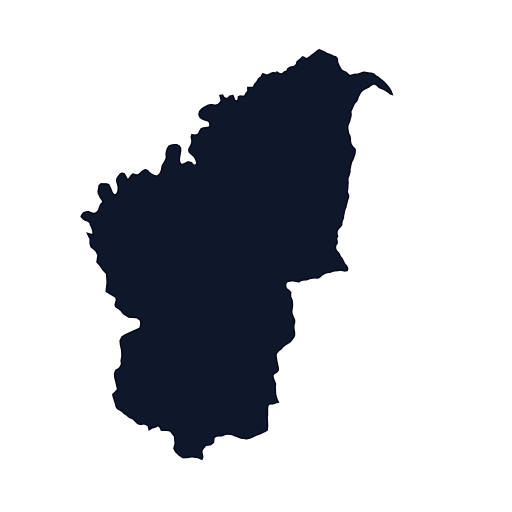 outline of Tupaciguara, Minas Gerais, Brazil, rotated 252°
{"feature_id": "56859067B46869230194574", "entity_name": "Tupaciguara", "entity_type": "district", "adm_level": 2, "iso_a3": "BRA", "parent_name": "Brazil", "parent_adm1": "Minas Gerais", "projection": "albers", "projection_center": [-48.725, -18.573], "detail": "fine", "context": "isolated", "style": "filled", "palette": "ink", "viewbox_px": 512, "rotation_deg": 252, "n_neighbors": 0, "source": "geoboundaries", "source_scale": "gbopen_adm2", "svg_char_len": 6103}
<svg xmlns="http://www.w3.org/2000/svg" viewBox="0 0 512 512"><g transform="rotate(252 256 256)"><path d="M329.6,102.7L326.4,103.1L323.5,103.6L319.1,102.1L315.7,102.0L310.5,105.3L305.7,106.1L299.4,102.9L295.2,104.8L290.3,106.2L285.3,108.5L276.5,106.2L271.3,103.8L268.6,102.6L260.0,110.1L257.1,109.6L253.2,107.0L251.1,107.0L246.4,110.6L242.1,112.1L237.1,116.3L235.7,120.2L234.1,123.9L230.6,126.2L228.2,126.0L225.3,124.7L223.2,123.3L221.4,107.2L220.5,103.7L217.4,100.6L213.3,99.7L208.0,99.2L202.2,97.6L198.0,95.4L194.7,94.8L192.6,92.7L191.3,91.0L190.6,87.5L188.2,85.4L184.7,84.3L172.0,83.3L170.1,80.3L168.6,77.0L165.9,76.8L158.7,76.8L156.1,76.5L153.8,77.0L149.7,80.7L147.2,81.9L144.8,83.9L142.0,85.5L139.3,88.6L133.7,91.5L131.9,93.3L131.3,95.2L131.1,97.4L130.0,99.1L127.8,101.1L123.8,100.7L124.6,103.9L124.5,108.3L125.4,110.0L122.9,111.9L119.5,112.2L117.8,117.5L116.1,120.5L109.7,122.8L102.4,121.2L98.4,118.5L94.7,119.1L90.4,121.4L86.8,124.3L85.5,128.9L85.0,132.9L82.0,139.0L79.4,141.7L81.4,143.2L86.7,143.9L88.7,145.2L90.0,147.4L91.6,149.6L91.0,152.2L90.6,154.5L91.8,157.8L93.9,158.9L96.3,159.9L97.0,162.5L96.4,165.5L95.7,167.6L95.7,169.8L95.9,172.3L95.0,175.2L93.7,178.0L92.0,179.9L90.5,181.9L88.9,183.8L87.3,185.9L86.4,188.1L85.1,190.5L84.8,194.3L85.1,197.2L85.4,199.5L85.7,201.8L85.7,204.5L86.4,210.1L87.0,212.8L89.5,213.9L91.6,214.7L98.9,216.7L101.3,217.8L103.9,218.6L106.8,219.5L109.4,220.6L110.8,221.8L111.2,223.8L110.4,225.5L110.2,227.8L110.4,229.9L110.1,232.1L113.1,231.6L118.2,231.8L120.7,232.4L123.3,233.2L125.8,233.8L128.3,235.0L130.9,234.8L133.6,234.6L135.8,234.8L137.7,235.3L138.6,237.0L139.2,239.8L140.5,241.8L142.6,242.5L144.9,242.8L149.8,243.3L154.6,244.1L157.0,245.0L159.1,248.5L160.0,251.3L161.5,253.6L162.5,256.6L163.8,261.6L164.7,263.4L165.9,265.0L167.0,266.6L168.4,267.9L170.7,268.8L172.8,269.2L175.1,269.5L177.2,270.1L179.0,270.8L180.8,272.1L183.1,272.8L188.7,272.4L190.6,272.4L192.5,272.9L195.1,274.2L198.0,275.5L202.2,276.5L204.3,276.5L206.5,276.2L208.6,276.8L210.6,277.7L213.2,276.5L215.6,274.7L218.3,274.8L220.6,275.7L222.2,277.9L221.7,280.8L221.2,283.4L218.2,288.8L218.9,291.0L218.6,293.8L217.8,297.0L218.0,300.1L217.6,303.1L217.0,305.5L216.1,307.4L216.2,309.9L217.5,312.6L218.3,315.8L218.3,319.1L217.7,321.3L217.9,324.0L217.6,326.6L217.0,328.9L216.7,331.2L216.0,333.2L214.5,335.5L214.0,338.3L216.1,339.4L218.6,339.0L220.7,338.0L223.6,337.4L226.6,337.1L229.6,335.9L231.9,335.8L234.0,335.1L235.8,334.2L237.5,333.9L239.6,334.1L241.6,335.1L243.2,337.2L245.4,337.7L248.1,337.9L249.4,339.6L252.1,339.7L254.9,340.9L256.7,343.0L258.1,345.7L259.4,347.3L261.4,347.8L263.3,349.2L265.2,350.8L267.3,351.6L269.0,352.7L270.9,353.6L272.9,354.9L274.5,356.4L276.5,357.5L278.8,359.0L280.6,360.1L282.5,361.5L284.4,362.6L286.2,362.6L288.7,362.4L290.7,363.5L292.5,364.3L294.4,364.9L297.1,366.1L299.6,366.7L301.9,367.5L303.8,369.2L305.6,370.3L307.3,371.5L309.5,372.1L311.1,373.1L312.8,373.9L314.7,375.2L316.3,376.2L317.7,377.8L322.2,381.3L324.5,382.5L326.7,383.2L330.6,381.5L333.0,380.9L335.6,381.1L338.0,381.8L341.2,382.4L344.1,381.8L346.7,382.3L348.8,382.5L351.4,383.4L355.4,386.7L357.6,388.0L359.4,389.3L361.7,390.3L364.0,390.6L367.3,393.6L369.1,395.1L371.1,397.3L372.3,399.6L373.7,400.9L376.0,402.5L379.6,406.3L380.7,408.6L381.3,410.9L381.6,413.0L381.8,415.1L382.8,417.7L383.3,420.0L382.9,422.3L381.0,423.8L378.7,425.0L376.9,426.7L375.1,429.0L371.1,432.4L368.9,433.7L367.6,435.5L371.4,435.3L374.4,434.6L377.5,433.5L382.1,431.3L384.2,430.0L386.5,428.5L388.8,427.0L390.3,425.4L392.2,424.6L394.0,422.4L395.3,419.4L396.4,417.5L397.5,415.1L397.4,410.4L397.5,408.0L398.3,406.0L398.3,403.5L398.4,401.0L400.3,399.7L402.7,398.5L404.5,396.4L406.1,395.0L407.8,394.4L410.2,393.9L413.3,393.5L415.7,393.5L418.3,394.3L420.8,393.4L421.7,391.7L423.6,389.9L425.2,387.9L426.8,385.8L428.8,384.2L430.5,382.1L432.6,379.9L432.1,377.6L431.0,375.1L429.8,371.3L428.7,368.5L428.2,366.5L428.0,364.3L429.8,363.3L431.0,361.8L429.8,359.7L428.9,357.3L427.9,354.9L425.8,353.8L424.4,350.9L424.7,348.9L424.9,346.4L424.1,344.0L422.2,342.5L422.3,339.9L421.1,337.5L421.8,335.0L424.5,332.7L423.8,330.9L425.0,329.3L425.1,327.2L424.7,324.5L424.5,322.3L427.2,318.7L424.7,316.3L423.8,313.3L421.6,311.0L419.5,307.6L417.1,305.6L417.9,302.8L418.8,300.3L415.2,299.3L413.8,296.9L411.4,294.5L412.1,292.4L413.0,290.4L412.7,288.4L410.1,287.4L409.3,285.1L410.8,283.8L413.0,283.8L415.7,283.6L416.1,280.5L414.6,277.7L415.2,275.7L417.1,274.3L419.3,273.9L419.8,271.3L416.9,271.3L414.2,270.9L412.5,268.5L411.7,266.3L411.9,263.7L412.9,261.9L413.9,259.7L414.1,257.0L413.5,253.3L412.7,250.1L410.9,247.1L408.1,245.4L405.2,245.7L403.2,247.1L401.2,249.4L399.8,251.6L398.3,253.0L395.7,253.0L393.0,251.9L393.3,248.8L394.0,245.6L393.9,243.2L392.5,241.5L390.8,239.9L389.3,237.9L389.9,235.0L391.1,232.5L389.4,231.3L387.5,231.0L385.5,230.8L383.4,229.9L380.9,227.9L379.2,225.9L377.7,224.8L375.5,224.7L373.8,225.5L371.8,226.7L369.5,228.0L367.6,228.4L365.7,228.6L362.8,228.7L360.8,226.5L362.1,224.3L364.8,223.3L366.5,220.5L365.7,215.1L366.2,213.0L368.7,212.3L371.3,212.8L373.1,213.5L377.8,216.0L380.0,217.0L382.1,217.6L384.2,217.0L386.3,215.0L387.2,212.3L387.5,209.9L387.5,207.5L385.7,205.1L383.5,203.5L380.7,202.0L378.5,201.6L376.6,200.9L374.5,198.9L372.5,196.8L371.1,195.0L369.2,193.9L366.8,192.7L364.4,190.7L363.0,188.4L362.6,186.1L364.3,183.6L366.6,181.5L368.3,180.2L370.6,179.3L372.3,177.4L371.9,174.8L371.2,172.9L370.2,171.1L369.5,168.7L370.4,166.5L372.0,164.3L370.9,161.9L368.8,159.4L368.3,157.2L370.9,156.8L374.8,156.1L376.2,154.1L375.8,152.2L374.4,150.0L372.5,147.6L370.2,146.7L367.2,146.6L364.5,146.4L361.7,145.5L359.2,144.1L357.4,141.6L358.4,139.6L360.4,138.9L362.6,138.6L364.6,138.6L369.1,138.0L370.6,136.4L372.5,131.0L371.5,128.6L369.8,127.8L367.0,126.2L364.5,125.5L361.7,125.9L359.3,126.1L357.3,127.0L354.6,127.2L352.9,124.1L350.4,122.0L348.3,120.6L346.9,118.7L346.2,115.9L346.9,114.1L348.2,112.3L350.0,110.2L350.4,108.0L350.4,105.6L349.2,103.5L347.5,101.9L344.9,103.1L342.9,104.6L341.4,106.8L339.1,108.4L336.6,108.2L334.1,108.7L331.5,108.7L328.9,108.4L326.6,107.5L327.8,105.3L329.6,102.7Z" fill="#0f172a" stroke="#020617" stroke-width="1.5"/></g></svg>